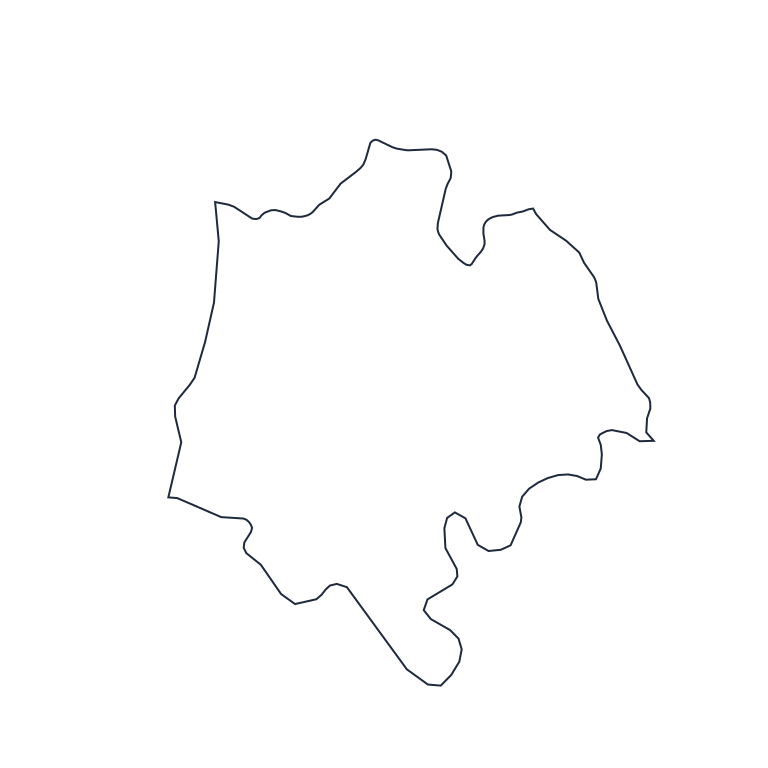 an SVG outline of Caserta, rotated 43°
{"feature_id": "ITA-5396", "entity_name": "Caserta", "entity_type": "Province", "adm_level": 1, "iso_a3": "ITA", "parent_name": "Italy", "parent_adm1": "", "projection": "equal_earth", "projection_center": [14.158, 41.216], "detail": "fine", "context": "isolated", "style": "outline", "palette": "slate", "viewbox_px": 768, "rotation_deg": 43, "n_neighbors": 0, "source": "natural_earth", "source_scale": "10m", "svg_char_len": 2181}
<svg xmlns="http://www.w3.org/2000/svg" viewBox="0 0 768 768"><g transform="rotate(43 384 384)"><path d="M303.6,614.0L275.5,564.9L253.4,550.2L245.7,542.4L243.6,534.6L242.5,517.0L241.2,508.6L224.6,475.5L204.2,440.5L165.8,392.3L136.4,366.1L147.8,359.0L153.5,356.6L174.9,352.9L178.2,350.4L179.7,347.5L179.4,343.8L180.0,339.9L182.9,334.0L186.0,330.8L191.0,328.0L195.5,326.1L201.2,324.7L206.4,320.9L209.5,318.1L211.5,315.3L213.0,312.8L214.0,310.2L214.6,307.1L214.4,297.0L217.5,285.7L215.6,267.0L218.9,247.7L219.5,242.0L219.3,237.8L217.4,232.4L209.5,216.8L209.8,213.7L211.1,211.2L213.4,209.8L228.3,205.2L232.9,203.1L240.8,197.8L242.1,196.8L258.9,179.7L263.1,176.6L267.9,174.7L273.7,174.5L288.0,182.5L290.1,184.9L292.4,188.1L293.9,193.8L296.0,199.1L313.6,229.5L317.3,234.1L319.6,235.7L322.2,237.0L335.5,240.1L352.9,241.8L359.9,241.2L363.1,240.5L366.0,238.6L366.3,236.3L365.2,230.4L364.8,226.6L364.7,221.3L364.0,217.2L362.2,213.2L359.9,210.7L354.0,206.1L349.9,201.6L348.6,199.2L347.9,196.4L347.9,193.4L348.6,190.5L349.7,187.7L352.7,183.0L360.2,175.2L361.9,173.0L364.5,167.8L367.7,163.4L370.7,157.5L373.4,154.0L379.4,156.0L400.3,158.1L419.6,155.0L437.2,154.7L447.6,158.9L464.7,162.6L467.8,163.9L470.3,165.3L482.7,175.6L504.0,185.7L529.7,194.8L537.7,198.1L569.7,211.5L576.3,212.8L587.4,213.6L591.2,215.9L595.5,220.3L599.8,229.7L608.8,240.5L620.0,241.6L610.0,251.5L594.8,254.4L582.1,262.3L578.9,266.6L576.3,273.6L577.1,277.2L584.2,280.8L591.4,287.0L600.1,297.9L604.0,309.1L596.9,316.3L588.2,319.5L580.3,324.6L573.5,331.8L568.0,341.0L564.0,350.8L561.5,361.6L561.9,372.2L566.6,381.3L575.5,387.9L578.4,391.9L586.6,415.6L582.5,425.6L574.4,434.8L562.3,437.7L535.2,426.7L523.4,429.6L521.5,438.9L526.5,448.3L540.8,462.1L563.4,469.7L568.9,474.7L570.7,483.9L562.7,511.9L567.3,522.3L578.6,524.0L600.2,518.9L612.2,519.4L621.8,525.1L628.4,535.6L631.6,550.9L631.2,565.9L621.0,573.9L595.3,577.1L495.4,557.9L485.8,562.4L481.9,568.3L481.5,574.4L482.1,580.7L481.3,587.6L469.0,605.6L452.0,607.8L417.2,600.2L398.7,601.6L393.1,599.5L389.9,595.1L387.6,582.8L385.6,579.2L382.5,577.7L379.3,577.0L376.0,577.1L372.9,578.3L355.7,592.4L310.5,608.5L303.6,614.0Z" fill="none" stroke="#1e293b" stroke-width="2"/></g></svg>